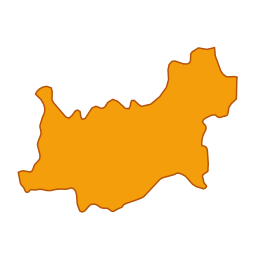 outline of Loire, rotated 275°
{"feature_id": "FRA-5315", "entity_name": "Loire", "entity_type": "Metropolitan department", "adm_level": 1, "iso_a3": "FRA", "parent_name": "France", "parent_adm1": "", "projection": "natural_earth1", "projection_center": [4.105, 45.756], "detail": "fine", "context": "isolated", "style": "filled", "palette": "amber", "viewbox_px": 256, "rotation_deg": 275, "n_neighbors": 0, "source": "natural_earth", "source_scale": "10m", "svg_char_len": 2638}
<svg xmlns="http://www.w3.org/2000/svg" viewBox="0 0 256 256"><g transform="rotate(275 128 128)"><path d="M213.9,191.2L213.2,199.8L215.6,207.2L207.6,208.6L193.2,215.3L189.9,217.9L187.9,221.1L187.6,223.3L188.5,229.3L188.3,231.7L188.0,232.3L187.3,232.1L166.4,233.4L161.1,228.7L157.3,226.7L152.3,226.4L149.8,225.9L148.9,224.9L148.2,223.4L147.8,221.6L146.6,219.2L146.5,217.5L147.0,216.0L147.9,214.9L148.6,213.7L148.5,211.7L147.5,209.1L144.4,204.1L142.5,202.3L140.7,201.7L139.5,202.5L137.4,204.7L136.0,205.5L134.7,205.8L133.3,205.7L127.1,203.4L123.8,202.8L119.7,202.7L117.9,202.9L116.7,203.6L116.6,204.9L116.4,206.2L115.7,207.4L114.4,208.4L112.7,209.0L99.0,211.1L94.2,211.2L92.8,211.4L92.1,211.3L91.1,210.6L90.3,209.4L89.1,208.0L87.6,206.6L86.2,206.3L83.7,207.4L81.0,208.0L79.7,208.8L77.8,210.7L76.7,211.3L75.6,210.9L74.7,210.2L74.0,208.6L75.6,201.1L77.6,197.3L79.9,194.7L82.9,191.8L84.9,189.5L86.1,187.1L87.3,183.5L87.4,181.5L87.1,180.3L85.5,177.8L81.5,167.0L80.7,165.7L79.6,164.3L61.0,149.7L59.3,147.1L57.5,143.6L52.7,132.7L51.2,130.3L50.1,129.6L49.1,129.3L48.5,128.6L46.3,124.6L43.9,121.2L43.6,120.0L43.8,118.8L45.9,115.2L46.2,113.9L46.1,112.6L46.0,111.2L46.0,110.0L46.1,108.9L46.2,108.2L46.6,107.3L48.5,104.0L49.0,102.5L49.3,100.4L48.9,98.8L48.1,97.2L46.8,95.9L42.8,93.1L41.5,92.0L40.6,90.2L40.4,89.0L41.2,87.2L47.4,84.2L57.3,82.5L60.0,81.5L61.9,80.2L63.1,78.3L63.3,76.8L62.9,75.3L62.3,73.9L61.9,72.5L61.6,71.1L61.2,65.3L60.7,62.0L58.9,56.3L58.7,54.4L58.7,51.9L59.3,48.0L59.3,45.7L58.9,43.7L58.4,42.1L58.1,40.1L58.2,37.2L57.8,36.3L57.3,35.6L56.5,35.1L55.9,34.6L55.2,33.7L55.2,32.2L56.1,31.2L58.8,29.7L59.9,29.0L60.6,28.2L61.0,27.6L61.4,27.2L62.5,26.3L63.9,25.5L74.3,22.6L75.7,25.2L76.2,27.4L76.3,27.7L76.3,28.0L75.7,32.9L75.8,34.2L76.1,35.3L77.0,36.2L78.4,36.8L82.2,37.8L83.8,38.5L87.8,41.7L89.2,42.5L91.1,42.8L93.4,42.7L102.5,39.5L104.4,39.3L107.2,39.8L113.7,41.7L115.2,41.8L116.9,41.6L121.0,40.3L122.9,40.1L130.6,41.7L135.5,43.3L136.9,43.5L138.5,43.5L140.2,43.3L142.2,42.8L144.7,41.7L148.9,38.7L153.6,33.0L156.4,34.0L159.2,36.4L161.4,39.7L162.4,43.4L161.3,48.0L157.7,49.3L149.3,49.8L146.6,51.7L133.6,65.0L132.7,68.4L135.8,71.3L140.3,73.9L141.5,76.1L140.2,78.8L134.9,80.1L132.7,81.6L133.7,84.5L144.7,90.3L146.7,93.8L146.5,95.9L145.2,99.3L145.7,101.5L147.0,103.2L151.8,105.7L155.2,110.4L153.6,115.4L147.3,123.6L147.3,127.1L149.9,128.3L153.3,128.5L155.7,129.3L156.1,131.7L152.0,137.0L150.7,139.6L153.7,148.6L162.0,156.9L171.8,162.7L179.7,164.2L189.4,162.8L194.7,163.4L198.2,166.0L198.8,168.8L196.7,177.8L197.0,181.7L198.5,183.8L201.0,184.4L207.2,184.0L209.5,185.3L213.9,191.2Z" fill="#f59e0b" stroke="#b45309" stroke-width="1.5"/></g></svg>